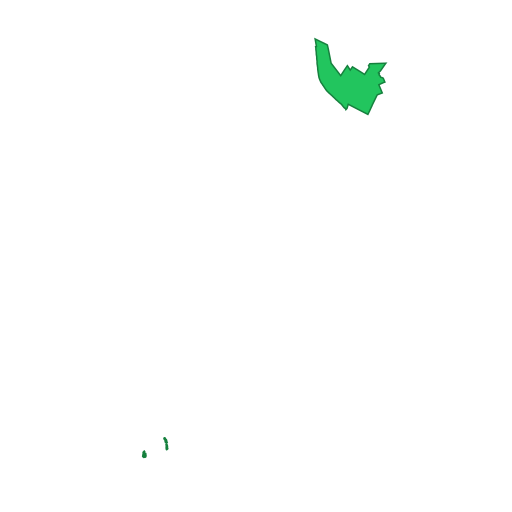 the district of Celestún, Yucatán, Mexico, rotated 296°
{"feature_id": "50627088B89618269520255", "entity_name": "Celestún", "entity_type": "district", "adm_level": 2, "iso_a3": "MEX", "parent_name": "Mexico", "parent_adm1": "Yucatán", "projection": "mercator", "projection_center": [-91.266, 20.922], "detail": "fine", "context": "isolated", "style": "filled", "palette": "green", "viewbox_px": 512, "rotation_deg": 296, "n_neighbors": 0, "source": "geoboundaries", "source_scale": "gbopen_adm2", "svg_char_len": 4637}
<svg xmlns="http://www.w3.org/2000/svg" viewBox="0 0 512 512"><g transform="rotate(296 256 256)"><path d="M432.3,294.5L436.4,294.5L439.7,294.4L441.8,294.4L442.4,294.3L453.8,294.3L454.0,294.4L454.4,294.7L457.9,298.0L463.8,291.3L468.0,294.8L468.8,295.6L471.0,293.1L471.6,292.4L471.6,292.0L471.6,291.2L471.6,290.9L471.3,289.7L471.5,289.5L471.8,289.1L472.0,288.9L472.2,288.6L472.4,288.3L472.6,287.5L472.8,287.2L473.0,287.1L473.3,287.0L473.7,287.0L473.9,287.0L474.0,286.9L474.1,285.8L474.2,285.7L475.1,286.1L475.6,286.2L476.0,286.4L476.4,286.5L476.6,286.6L476.9,286.7L477.0,286.7L478.1,286.9L481.9,287.5L485.2,288.0L486.2,288.2L478.7,274.0L476.4,273.7L475.5,275.1L466.8,274.0L467.5,268.0L468.3,259.8L464.4,259.2L465.6,257.2L466.5,255.8L467.1,254.7L462.4,254.0L455.2,253.1L462.2,239.0L473.4,230.5L477.0,227.6L477.0,214.0L470.8,218.5L470.3,217.8L469.2,218.6L468.5,219.0L468.2,219.1L467.4,219.6L467.2,219.7L467.1,219.8L466.7,220.1L466.0,220.5L465.9,220.6L465.2,221.0L464.8,221.2L463.9,221.7L463.5,221.9L463.3,222.1L463.1,222.2L462.9,222.3L462.6,222.6L462.0,223.0L461.5,223.3L460.8,223.7L460.1,224.0L459.7,224.3L459.3,224.5L459.0,224.7L458.0,225.4L457.0,225.9L456.9,225.9L456.6,226.1L455.6,226.6L455.1,226.9L454.9,227.1L454.4,227.5L454.0,227.7L454.0,227.8L453.6,228.0L453.0,228.4L452.3,228.9L452.1,229.0L450.7,229.7L449.9,230.3L449.4,230.6L449.0,230.9L448.2,231.4L447.0,232.3L446.6,232.5L445.6,233.2L445.1,233.6L444.7,233.9L444.4,234.1L444.0,234.4L443.7,234.7L443.5,234.9L443.1,235.3L442.8,235.6L442.6,235.8L442.3,236.2L442.0,236.5L441.9,236.6L441.6,237.0L441.0,237.7L440.7,238.0L440.5,238.4L440.4,238.5L440.0,239.2L439.9,239.4L439.7,239.8L439.5,240.2L439.2,240.7L438.7,241.4L438.6,241.7L438.5,241.9L437.9,242.9L437.3,243.9L436.6,245.1L436.5,245.3L436.4,245.5L436.1,245.8L436.1,246.0L435.9,246.5L435.5,247.2L435.4,247.4L435.4,247.5L435.2,248.0L435.1,248.4L434.9,248.9L434.8,249.3L434.6,249.7L434.6,249.9L434.4,250.4L434.1,251.7L433.7,252.9L433.6,253.4L433.6,253.5L433.1,254.9L432.3,257.5L431.6,259.4L431.5,259.9L431.4,260.3L431.4,260.5L431.2,261.2L431.1,261.5L430.9,262.1L430.7,262.7L430.5,263.4L430.5,263.5L430.3,264.0L430.2,264.8L429.9,265.9L429.6,266.7L428.8,268.3L428.5,269.0L428.2,269.6L428.0,269.9L427.9,270.1L427.7,270.1L427.8,270.1L427.9,270.3L427.8,270.5L427.9,270.8L427.9,270.7L428.0,270.6L428.0,270.8L427.9,270.8L427.8,271.1L427.7,271.3L427.7,271.5L427.4,272.1L427.2,272.4L427.0,272.6L427.4,272.7L427.5,272.8L428.5,273.1L432.8,272.4L432.3,294.5ZM30.8,240.9L30.7,240.8L30.6,240.7L30.4,240.8L30.1,240.9L29.9,240.8L29.9,240.7L29.7,240.7L29.5,240.9L29.2,241.2L29.2,241.3L29.0,241.5L28.9,241.7L28.7,241.8L28.4,241.9L28.4,241.7L28.6,241.6L28.7,241.4L28.4,241.3L28.2,241.5L28.1,241.8L28.1,242.0L28.0,241.9L27.8,241.9L27.7,241.9L27.6,242.0L27.6,241.9L27.4,241.9L27.2,242.1L27.1,241.9L27.1,241.7L26.8,241.8L26.6,241.9L26.3,241.9L26.1,242.1L26.1,242.5L25.9,242.8L25.8,243.0L26.2,243.1L26.3,243.1L26.5,243.1L26.6,242.9L26.8,242.9L27.5,242.9L27.9,242.7L28.3,242.6L28.5,242.5L28.7,242.8L28.7,243.0L28.3,243.0L28.2,243.0L27.8,243.2L27.7,243.3L27.3,243.5L27.1,243.4L26.9,243.4L26.8,243.5L26.3,243.8L26.2,244.1L26.3,244.3L26.6,244.5L26.9,244.4L27.1,244.3L27.3,244.6L27.2,244.9L27.4,244.9L27.7,244.9L27.9,244.8L28.2,244.7L28.5,244.6L28.9,244.2L29.1,244.1L29.3,244.0L29.6,243.9L29.8,243.8L30.0,243.6L29.9,243.5L29.8,243.4L29.6,243.1L29.7,242.9L29.8,242.7L29.9,242.4L30.1,242.3L30.3,242.2L30.5,242.1L30.9,242.1L31.1,242.0L31.1,241.8L31.0,241.7L31.0,241.4L31.3,241.3L31.5,241.4L31.7,241.1L31.3,240.9L31.1,240.9L30.9,240.9L30.8,240.9ZM51.4,255.3L51.6,255.2L51.8,254.9L52.1,254.7L52.3,254.5L52.6,254.1L52.6,253.8L52.5,253.4L52.2,253.2L51.8,253.2L51.7,253.2L51.6,253.3L51.5,253.5L51.4,253.6L51.1,253.8L50.9,254.0L50.8,254.5L50.8,254.9L50.8,255.0L50.8,255.3L50.7,255.3L50.6,255.2L50.4,255.2L49.9,255.3L49.7,255.5L49.3,255.8L49.1,256.0L48.9,256.2L48.8,256.4L48.6,256.5L48.6,256.8L48.8,256.9L49.3,256.5L49.4,256.8L49.2,257.0L48.9,257.3L48.9,257.5L48.9,257.8L49.0,257.8L49.4,257.9L49.5,257.9L49.5,257.7L50.0,257.3L50.2,257.2L50.5,257.0L51.0,256.5L51.2,256.3L51.6,256.0L51.7,255.8L51.6,255.6L51.2,255.7L51.2,255.4L51.4,255.3ZM47.2,259.1L47.3,258.9L47.5,258.6L47.6,258.4L47.7,258.2L47.1,257.8L46.9,257.8L46.6,258.1L46.4,258.4L46.2,258.5L45.9,258.6L45.7,258.7L45.4,258.8L44.9,259.0L44.7,259.1L44.0,259.4L43.9,259.6L43.6,259.7L43.4,259.8L43.0,260.1L42.9,260.2L42.8,260.3L42.7,260.5L42.8,260.7L43.1,260.8L43.3,260.9L43.4,261.0L43.9,261.2L44.1,261.2L44.2,260.9L44.3,260.8L44.5,260.8L44.7,260.7L44.8,260.6L45.0,260.3L45.5,260.2L45.9,260.0L46.3,259.8L46.4,259.6L46.5,259.2L46.9,259.2L47.1,259.2L47.2,259.1Z" fill="#22c55e" stroke="#15803d" stroke-width="1.5"/></g></svg>